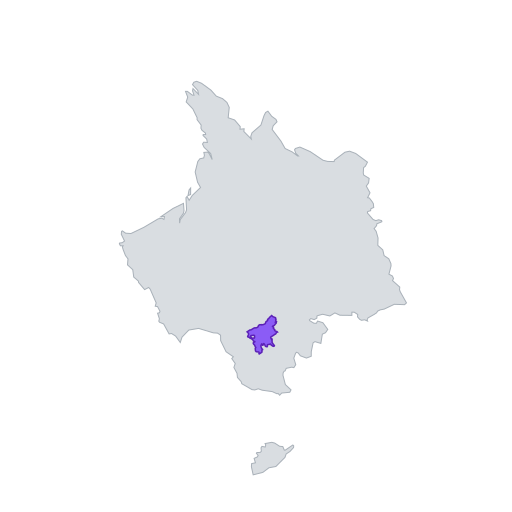 where Drôme sits in France, rotated 49°
{"feature_id": "FRA-5288", "entity_name": "Drôme", "entity_type": "Metropolitan department", "adm_level": 1, "iso_a3": "FRA", "parent_name": "France", "parent_adm1": "", "projection": "robinson", "projection_center": [5.26, 44.733], "detail": "fine", "context": "in_parent", "style": "filled", "palette": "violet", "viewbox_px": 512, "rotation_deg": 49, "n_neighbors": 0, "source": "natural_earth", "source_scale": "10m", "svg_char_len": 7013}
<svg xmlns="http://www.w3.org/2000/svg" viewBox="0 0 512 512"><g transform="rotate(49 256 256)"><path d="M378.3,214.5L375.4,215.9L373.7,218.6L371.8,219.3L368.5,219.3L366.9,217.6L362.9,218.7L361.3,220.5L363.7,222.6L355.8,231.5L350.7,233.8L349.7,239.6L343.7,243.9L341.5,248.5L341.3,249.4L342.8,250.8L342.2,253.8L339.2,255.7L339.2,257.6L340.0,257.9L344.7,256.4L346.4,254.6L345.5,252.2L350.2,249.3L358.5,250.0L359.5,253.9L358.5,257.2L364.5,264.4L359.3,267.7L359.0,269.9L364.5,277.1L367.9,280.1L366.1,284.9L360.4,288.0L356.8,287.8L355.2,288.6L355.4,290.0L357.9,294.5L364.1,297.3L365.1,300.7L363.4,301.9L360.6,306.9L361.8,309.4L361.4,310.5L362.0,312.2L363.7,313.9L372.3,318.2L380.0,317.4L381.0,319.9L376.3,326.5L376.6,329.5L374.2,329.5L373.8,330.5L369.0,332.7L361.3,339.4L357.7,341.4L356.3,344.8L354.2,346.7L343.1,350.5L341.0,349.6L335.5,349.7L332.1,347.3L325.6,345.8L323.5,342.2L317.5,341.6L317.2,339.2L308.6,341.4L296.7,338.2L292.5,334.7L289.0,335.6L285.9,338.7L273.0,346.8L267.8,355.3L268.7,365.1L271.6,369.9L263.7,369.2L259.1,370.6L257.8,372.7L246.7,370.3L242.6,372.3L241.4,372.1L240.0,370.1L234.6,367.8L235.5,366.1L234.7,364.7L229.6,363.5L227.8,365.0L225.9,362.1L211.6,357.6L209.3,357.7L208.3,362.1L199.0,362.0L197.7,361.2L191.7,362.1L185.5,358.0L178.4,358.8L174.2,354.5L170.0,354.2L164.1,352.1L161.5,350.9L161.1,349.6L159.3,351.6L157.1,351.1L156.7,350.5L158.2,348.2L158.5,345.4L151.2,343.4L149.3,341.4L149.3,340.4L153.3,339.4L157.0,335.6L160.8,321.8L163.8,305.4L165.7,302.3L168.0,301.5L166.2,299.2L163.9,302.2L165.7,287.3L168.7,276.2L174.7,280.7L176.1,282.7L177.7,289.3L181.1,292.1L178.9,289.4L177.0,280.6L175.6,278.1L166.1,270.7L165.8,269.0L170.1,269.9L168.5,264.4L167.9,252.9L162.0,251.7L152.7,246.8L146.5,237.9L145.8,234.6L147.7,231.1L146.2,228.9L143.6,227.4L145.8,224.4L147.7,224.1L154.5,225.8L149.0,223.0L140.0,223.9L136.4,222.9L135.8,220.8L138.4,218.2L135.4,216.5L130.3,216.9L129.7,216.2L131.3,214.3L130.0,213.5L125.7,214.3L123.4,213.7L121.2,211.5L114.4,211.0L113.0,209.7L103.7,207.2L93.9,207.6L91.3,203.3L85.5,201.2L86.7,199.8L92.8,198.5L94.0,197.3L89.7,195.5L88.3,193.7L96.3,193.3L92.8,191.3L85.0,191.5L84.1,188.9L85.2,186.2L89.9,183.8L101.2,181.2L109.3,181.1L115.3,178.0L121.0,177.2L126.3,178.7L133.4,186.3L139.3,182.9L148.0,183.0L149.8,184.9L152.2,181.5L154.1,183.5L164.7,182.8L162.3,181.5L160.4,178.2L160.4,166.4L155.3,157.8L154.0,154.6L154.5,152.0L160.8,152.5L166.0,151.3L168.5,152.1L169.0,157.6L171.1,160.8L185.6,161.8L194.0,163.5L201.2,160.4L207.8,159.0L208.4,158.3L204.5,158.6L201.1,157.2L200.7,155.7L202.6,151.4L212.8,146.6L227.7,142.6L231.6,139.9L236.0,135.1L235.1,133.9L236.0,120.8L238.3,116.6L244.0,113.5L258.3,110.3L260.0,114.5L259.9,116.8L263.6,120.5L265.5,121.6L271.7,119.7L274.7,123.1L275.6,126.9L283.1,128.5L285.2,133.5L286.6,132.4L291.3,132.7L293.5,133.1L296.6,135.3L295.7,138.3L297.0,139.8L295.7,142.5L296.6,143.7L305.2,143.7L307.9,142.4L309.1,139.7L311.7,138.0L312.7,138.5L311.0,143.7L312.2,145.1L312.8,148.9L316.1,149.1L322.5,152.1L327.9,157.1L334.5,156.3L339.8,159.1L345.2,157.6L350.3,159.2L352.1,160.6L356.9,167.6L360.6,166.2L363.2,167.0L364.1,169.1L373.8,167.9L375.6,169.8L377.6,170.6L390.1,173.2L390.2,175.8L383.2,183.3L380.2,194.0L378.1,197.7L377.4,200.4L378.0,202.3L377.6,205.2L376.2,212.1L377.1,214.1L378.3,214.5ZM425.8,358.6L425.2,363.1L427.0,366.3L427.9,379.1L424.3,385.2L423.8,392.7L419.3,401.7L412.0,397.7L409.8,395.5L411.7,392.1L407.5,390.2L408.5,386.9L408.0,385.3L405.1,385.1L404.9,384.3L407.0,381.7L406.9,380.1L404.1,378.1L403.6,376.4L406.2,374.4L405.0,372.6L403.5,372.2L407.0,366.3L409.5,364.6L415.1,363.0L417.4,360.8L421.1,362.0L421.7,361.4L422.8,352.2L424.0,352.1L425.2,353.3L425.8,358.6ZM166.7,265.0L165.8,267.7L162.2,263.1L161.8,260.7L166.7,265.0Z" fill="#d9dde1" stroke="#a8b0b8" stroke-width="1"/><path d="M315.5,281.8L315.9,281.9L316.0,282.1L316.1,282.3L316.3,282.5L316.5,282.6L316.9,282.5L317.1,282.7L317.5,283.3L317.8,283.6L318.9,283.6L318.7,284.7L319.6,284.4L320.0,285.0L320.0,285.9L320.4,287.6L319.9,289.1L320.1,289.7L320.4,289.5L321.4,289.5L321.7,290.2L322.1,290.3L322.5,290.2L323.3,290.4L323.8,290.2L324.0,290.2L324.1,290.3L324.2,290.6L324.3,290.7L325.2,290.7L326.9,289.7L327.5,289.7L327.2,290.4L327.2,290.9L327.5,291.5L327.7,292.2L327.7,292.6L327.4,293.3L327.4,294.4L326.9,297.6L326.9,298.1L327.3,298.5L329.1,299.0L329.1,298.4L329.5,298.5L330.1,299.2L330.8,299.6L331.4,300.3L331.6,300.5L334.5,300.9L335.5,300.8L335.6,301.1L335.9,301.3L335.9,301.5L335.8,301.9L335.6,302.1L335.2,302.4L335.0,302.5L334.3,302.6L333.9,302.8L333.6,302.9L333.3,303.0L332.9,302.9L332.6,302.8L332.4,302.8L332.1,302.8L331.7,303.0L331.6,303.4L331.6,303.7L331.4,304.0L330.7,305.0L330.5,305.4L330.5,305.5L330.7,305.9L330.8,306.0L331.4,306.4L331.6,306.6L331.7,306.8L331.8,307.2L331.6,307.4L330.5,308.1L330.2,308.1L328.5,307.6L327.8,307.5L327.5,307.5L327.2,307.6L327.1,307.9L327.1,308.1L327.1,308.3L327.2,308.5L327.4,308.7L327.5,308.8L327.8,309.0L327.9,309.3L327.7,309.6L327.3,309.6L326.6,309.4L326.4,309.4L326.1,309.5L326.2,309.9L326.5,310.2L326.7,310.4L326.7,310.6L326.8,310.9L326.8,311.0L327.8,311.8L328.1,311.9L328.6,312.0L328.8,312.1L329.3,312.3L329.5,312.4L330.6,312.3L330.8,312.3L331.0,312.4L331.1,312.6L330.9,313.0L331.0,313.4L331.2,313.5L331.5,313.9L331.7,314.0L332.1,314.2L332.2,314.3L332.4,314.5L332.4,315.3L332.3,316.5L332.1,316.9L332.2,317.6L332.1,317.8L331.9,317.9L331.7,317.8L331.6,317.7L331.4,317.6L331.4,317.4L331.3,317.2L331.0,317.0L330.4,316.9L330.1,317.0L329.8,317.3L329.5,317.6L328.8,318.3L328.1,318.7L327.2,318.6L326.1,317.8L325.7,317.6L325.4,317.4L325.2,317.0L325.2,316.8L325.1,316.6L325.0,316.3L324.8,316.1L324.5,316.1L324.3,316.1L324.0,316.1L322.3,315.5L321.9,315.5L321.6,315.6L321.2,315.6L320.4,315.5L320.0,315.3L319.8,315.1L319.7,314.9L319.7,314.7L319.7,314.2L319.9,313.6L320.0,313.4L319.9,313.1L319.6,313.1L319.1,313.5L318.8,313.6L318.4,313.7L317.3,313.4L317.0,313.4L315.3,313.8L314.9,314.0L314.4,314.3L314.0,314.4L313.7,314.5L313.1,314.5L312.8,314.6L312.6,314.7L312.2,315.0L311.9,315.2L311.6,315.2L311.4,315.2L311.2,315.0L311.1,314.8L310.5,313.4L310.4,313.2L310.2,313.0L309.9,312.7L309.7,312.6L308.8,312.4L308.1,312.4L307.4,312.5L307.6,310.5L307.8,309.8L307.7,309.6L307.7,309.4L307.9,309.1L308.4,308.3L308.5,308.0L309.0,305.0L309.4,304.0L310.1,303.3L310.6,302.4L310.8,301.3L310.7,300.8L310.2,299.9L310.1,299.5L310.2,298.8L310.3,298.3L310.6,297.9L311.0,297.5L311.2,297.3L311.4,297.2L311.6,297.0L311.6,296.6L311.8,296.5L312.3,296.0L312.4,295.9L312.5,295.6L313.0,294.1L313.1,293.6L313.0,293.1L312.3,292.0L312.1,291.4L312.2,291.1L312.3,290.5L312.3,290.1L312.2,289.9L312.0,289.7L311.9,289.4L312.0,289.1L311.5,288.8L311.4,288.1L311.6,287.4L311.2,286.2L311.2,285.2L311.2,284.3L311.3,283.7L311.2,283.7L311.2,283.2L312.8,283.1L315.0,281.9L315.5,281.8ZM313.2,312.9L315.2,312.9L315.5,312.8L315.8,312.6L316.1,312.0L316.3,311.7L316.6,311.4L316.8,311.2L316.8,310.9L316.7,310.7L315.5,309.6L315.2,309.4L314.8,309.4L314.5,309.5L314.2,309.8L313.0,311.6L312.8,312.0L312.8,312.3L312.9,312.6L313.0,312.8L313.2,312.9Z" fill="#8b5cf6" stroke="#5b21b6" stroke-width="1.5"/></g></svg>